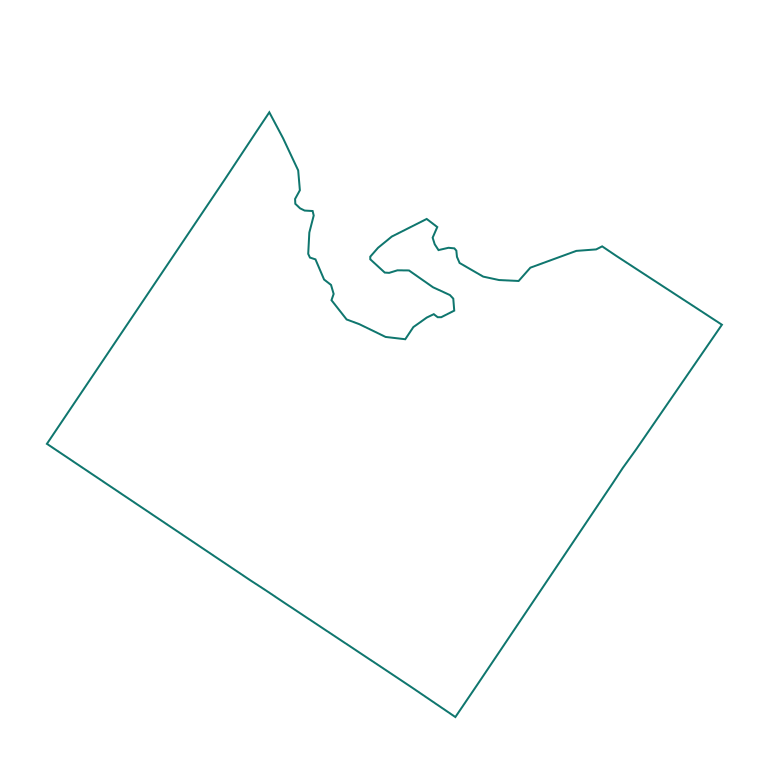 Hillsborough, Florida, United States of America, rotated 124°
{"feature_id": "52423323B74651487208839", "entity_name": "Hillsborough", "entity_type": "district", "adm_level": 2, "iso_a3": "USA", "parent_name": "United States of America", "parent_adm1": "Florida", "projection": "robinson", "projection_center": [-82.445, 27.909], "detail": "fine", "context": "isolated", "style": "outline", "palette": "teal", "viewbox_px": 768, "rotation_deg": 124, "n_neighbors": 0, "source": "geoboundaries", "source_scale": "gbopen_adm2", "svg_char_len": 1138}
<svg xmlns="http://www.w3.org/2000/svg" viewBox="0 0 768 768"><g transform="rotate(124 384 384)"><path d="M147.9,280.1L153.8,283.4L166.1,299.0L205.7,327.7L223.3,330.0L233.5,346.8L239.5,361.8L241.4,389.0L237.8,394.6L233.0,398.6L232.2,401.5L235.0,406.7L242.5,413.7L239.8,420.1L235.5,425.5L224.1,427.6L223.3,440.9L257.4,460.0L274.4,465.1L286.1,466.6L288.3,465.1L291.2,445.7L289.0,441.9L282.2,436.4L275.9,426.8L276.4,397.4L273.4,379.1L274.5,374.3L283.9,366.8L296.6,373.9L298.6,376.9L298.3,381.8L305.0,385.7L316.2,389.9L320.4,391.5L335.0,391.4L344.1,409.0L348.2,437.9L351.4,451.1L351.3,451.4L343.9,474.4L337.5,476.1L331.5,483.3L330.9,492.1L319.0,510.5L320.6,516.1L318.5,519.6L300.2,530.6L283.6,536.5L280.5,539.9L284.6,546.8L285.3,551.8L284.2,558.3L280.3,561.2L272.4,561.9L270.4,562.1L254.9,574.6L246.8,588.2L236.7,605.1L222.9,631.0L246.4,630.9L246.6,630.9L303.3,630.4L622.1,630.0L621.5,385.5L621.2,367.3L621.1,343.2L620.4,254.6L620.0,193.2L620.2,138.6L580.6,138.5L457.9,138.7L350.9,138.9L337.7,138.9L320.3,139.1L297.1,138.4L286.8,138.3L145.9,137.0L146.3,163.5L147.9,263.0L147.9,280.1Z" fill="none" stroke="#0f766e" stroke-width="2"/></g></svg>